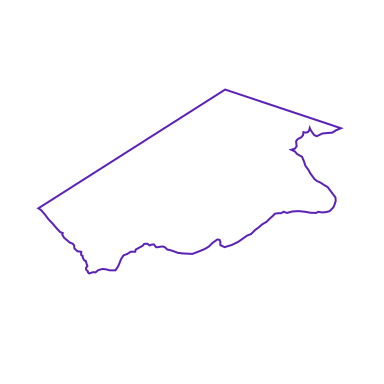 the district of Ngchemesed, Palau, rotated 291°
{"feature_id": "81905179B10873583367862", "entity_name": "Ngchemesed", "entity_type": "district", "adm_level": 2, "iso_a3": "PLW", "parent_name": "Palau", "parent_adm1": "", "projection": "robinson", "projection_center": [134.501, 7.511], "detail": "fine", "context": "isolated", "style": "outline", "palette": "violet", "viewbox_px": 384, "rotation_deg": 291, "n_neighbors": 0, "source": "geoboundaries", "source_scale": "gbopen_adm2", "svg_char_len": 1784}
<svg xmlns="http://www.w3.org/2000/svg" viewBox="0 0 384 384"><g transform="rotate(291 192 192)"><path d="M299.5,186.2L121.7,54.4L121.1,57.4L118.2,62.9L115.1,67.8L112.8,72.7L109.5,78.8L107.4,83.2L107.3,86.1L105.6,86.2L103.5,88.9L102.2,92.6L101.0,95.9L101.0,99.0L100.0,101.0L97.2,102.4L95.6,106.3L96.5,110.0L93.6,111.0L93.0,113.0L91.9,113.3L89.8,115.5L89.4,117.8L87.2,119.3L85.4,120.9L83.0,120.2L81.6,121.0L80.6,123.2L79.6,123.7L79.1,125.2L80.9,127.3L82.0,129.0L82.3,130.7L85.5,132.5L88.1,136.1L89.0,139.5L89.4,143.3L91.4,148.6L95.8,149.6L98.7,149.8L103.7,149.8L108.4,150.8L110.8,153.6L114.3,156.2L115.9,160.4L118.1,160.1L124.1,165.2L126.4,165.9L127.7,168.8L126.9,171.6L128.3,173.0L129.4,175.1L128.5,176.7L127.6,178.3L128.3,180.0L130.0,182.8L130.8,184.8L130.6,186.8L129.4,189.6L129.9,192.2L130.1,196.3L130.1,200.5L131.4,205.6L132.5,209.0L134.4,214.6L138.4,219.1L143.4,224.4L147.0,227.2L152.0,229.5L156.8,232.7L157.2,234.9L155.5,236.4L152.6,237.5L152.2,242.2L156.8,248.1L161.9,252.9L166.8,256.2L171.1,259.1L173.9,262.2L179.2,264.6L183.3,267.2L186.8,269.0L190.8,272.2L195.0,274.1L198.6,276.0L201.3,277.1L202.8,279.4L204.1,282.7L206.4,284.6L206.5,288.2L209.7,292.5L212.3,298.2L214.1,304.7L215.1,310.1L216.9,315.3L218.7,316.9L219.6,320.9L221.0,323.9L223.4,327.3L226.0,328.5L228.5,329.5L230.6,329.6L235.1,329.4L238.3,327.9L242.5,321.2L245.2,316.9L245.8,313.1L246.8,308.6L247.0,304.8L247.9,301.8L251.7,295.9L254.5,292.6L257.0,288.6L260.9,285.4L264.3,282.1L265.1,276.4L266.7,273.6L267.0,269.5L269.3,272.5L272.2,273.3L276.6,271.0L279.2,271.7L282.1,274.3L284.7,275.3L287.8,274.6L288.1,276.6L289.3,278.6L291.2,279.3L293.9,279.0L293.0,279.8L290.7,282.9L288.9,285.7L288.8,288.5L293.4,292.8L297.7,301.7L301.2,304.3L304.9,308.2L299.5,186.2Z" fill="none" stroke="#5b21b6" stroke-width="2"/></g></svg>